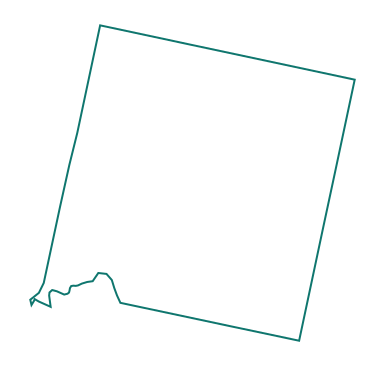 the District of Kalangala, rotated 282°
{"feature_id": "UGA-2631", "entity_name": "Kalangala", "entity_type": "District", "adm_level": 1, "iso_a3": "UGA", "parent_name": "Uganda", "parent_adm1": "", "projection": "albers", "projection_center": [32.167, -0.565], "detail": "fine", "context": "isolated", "style": "outline", "palette": "teal", "viewbox_px": 384, "rotation_deg": 282, "n_neighbors": 0, "source": "natural_earth", "source_scale": "10m", "svg_char_len": 659}
<svg xmlns="http://www.w3.org/2000/svg" viewBox="0 0 384 384"><g transform="rotate(282 192 192)"><path d="M297.0,327.8L240.7,327.8L183.9,327.7L127.2,327.7L70.4,327.7L68.8,327.7L68.7,256.8L68.7,145.0L75.3,140.1L81.8,136.0L89.2,131.9L94.1,125.4L93.3,117.2L84.1,113.4L82.2,108.2L79.5,103.3L76.9,99.9L76.0,97.8L75.7,95.4L74.9,93.4L72.6,92.6L70.0,92.7L68.1,92.6L66.6,91.4L65.1,88.3L66.8,80.4L67.0,75.6L64.1,73.5L61.0,73.8L50.3,77.6L53.0,65.0L54.5,60.4L52.7,60.1L48.1,58.5L53.0,56.2L61.5,63.2L72.2,65.9L150.0,66.0L193.2,66.4L226.0,67.5L260.7,67.5L335.9,67.5L335.8,160.2L335.7,327.8L297.5,327.8L297.0,327.8Z" fill="none" stroke="#0f766e" stroke-width="2"/></g></svg>